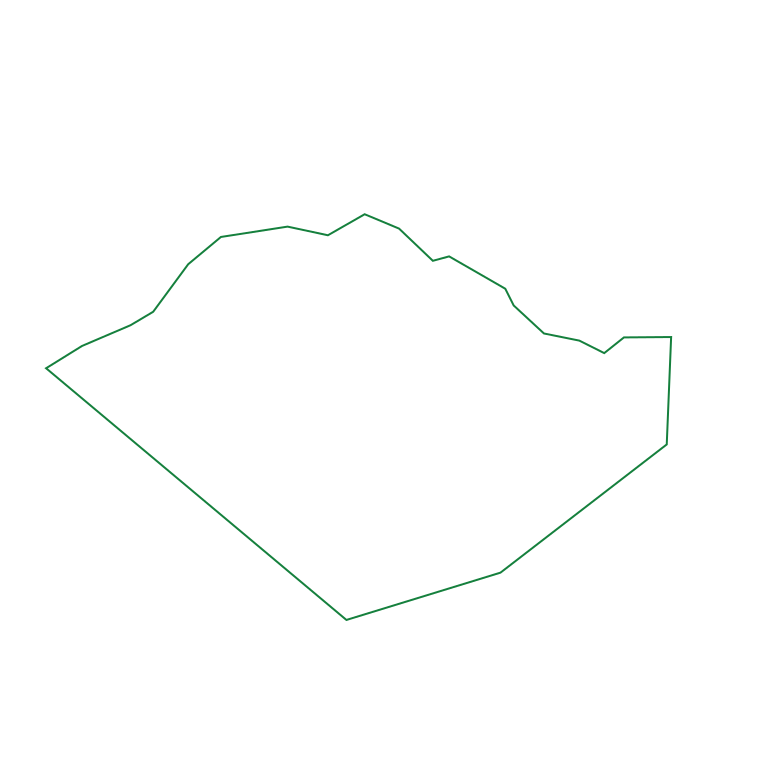 the district of Evans, Georgia, United States of America, rotated 321°
{"feature_id": "52423323B4289293971821", "entity_name": "Evans", "entity_type": "district", "adm_level": 2, "iso_a3": "USA", "parent_name": "United States of America", "parent_adm1": "Georgia", "projection": "mercator", "projection_center": [-81.841, 32.163], "detail": "fine", "context": "isolated", "style": "outline", "palette": "green", "viewbox_px": 768, "rotation_deg": 321, "n_neighbors": 0, "source": "geoboundaries", "source_scale": "gbopen_adm2", "svg_char_len": 442}
<svg xmlns="http://www.w3.org/2000/svg" viewBox="0 0 768 768"><g transform="rotate(321 384 384)"><path d="M636.7,528.2L599.8,498.8L574.6,498.6L563.1,473.2L540.1,445.4L534.2,404.6L538.2,386.3L514.9,325.8L499.5,319.0L493.5,272.7L475.8,239.9L434.0,233.1L408.1,201.0L349.8,167.1L307.2,167.7L250.1,182.6L224.0,178.8L173.3,164.4L131.3,159.1L206.3,543.7L355.8,603.9L565.7,608.9L636.7,528.2Z" fill="none" stroke="#15803d" stroke-width="2"/></g></svg>